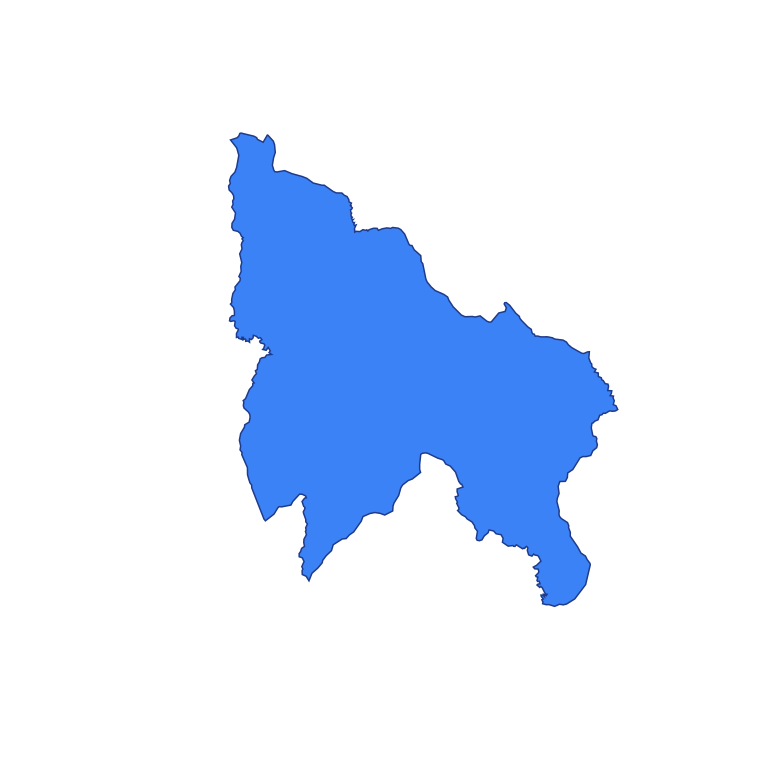 outline of Villa Caro, Norte de Santander, Colombia, rotated 142°
{"feature_id": "7082276B29990655239758", "entity_name": "Villa Caro", "entity_type": "district", "adm_level": 2, "iso_a3": "COL", "parent_name": "Colombia", "parent_adm1": "Norte de Santander", "projection": "orthographic", "projection_center": [-72.976, 7.933], "detail": "fine", "context": "isolated", "style": "filled", "palette": "blue", "viewbox_px": 768, "rotation_deg": 142, "n_neighbors": 0, "source": "geoboundaries", "source_scale": "gbopen_adm2", "svg_char_len": 6168}
<svg xmlns="http://www.w3.org/2000/svg" viewBox="0 0 768 768"><g transform="rotate(142 384 384)"><path d="M275.7,495.3L276.8,498.0L280.9,502.1L282.8,502.4L285.6,505.2L289.8,507.4L293.8,508.5L293.6,510.9L296.4,513.2L300.8,514.8L302.5,514.5L302.6,516.1L303.7,516.2L305.6,518.6L309.1,518.9L312.0,521.5L313.5,521.7L311.4,524.8L308.1,526.5L309.8,527.2L309.5,528.3L308.0,529.4L308.8,529.7L308.9,530.9L308.1,532.5L307.2,532.6L307.8,532.9L307.5,534.8L306.3,534.9L306.6,536.3L305.7,537.9L304.3,538.6L304.5,539.4L303.2,541.9L302.1,541.6L300.5,542.3L300.7,544.1L300.1,544.8L300.6,545.4L298.3,546.6L299.4,549.0L298.2,551.0L297.7,554.5L299.1,557.1L299.6,560.4L304.0,564.0L305.6,567.1L308.7,577.4L310.5,578.8L316.1,586.0L318.2,593.6L320.6,597.7L327.1,606.5L330.9,613.3L337.8,617.0L339.3,618.5L339.3,620.0L337.3,625.1L331.8,630.2L327.1,633.4L322.9,640.0L321.7,643.6L322.3,651.5L322.7,652.0L330.4,648.9L333.1,654.6L332.7,656.6L333.9,659.3L342.2,669.8L343.3,670.2L346.0,668.7L348.3,668.5L354.7,670.8L354.7,660.7L357.6,653.6L366.8,645.4L371.1,642.7L376.7,641.8L380.3,639.5L381.7,636.6L384.6,635.7L386.6,632.2L386.1,628.5L386.5,625.2L388.3,622.4L390.6,621.4L392.3,618.5L395.1,617.1L395.7,610.2L400.4,605.8L404.8,604.2L407.5,601.1L408.1,597.9L405.2,594.2L404.6,591.5L405.4,588.0L404.8,586.0L406.6,585.8L406.6,583.6L408.7,583.0L410.7,581.6L412.7,577.9L417.6,575.4L421.3,567.3L424.5,564.8L427.2,560.7L432.2,558.0L432.0,556.0L433.9,554.0L441.7,552.2L443.1,549.8L447.3,548.4L452.0,544.4L453.9,541.8L455.8,541.5L455.5,536.9L456.8,533.9L459.2,530.6L460.0,530.2L461.6,531.3L464.7,530.9L466.8,528.9L466.3,527.7L463.4,526.3L462.8,524.9L465.9,521.9L466.2,518.8L465.1,517.6L465.5,516.3L469.2,514.6L471.6,511.5L470.1,510.9L470.4,509.4L468.6,506.7L467.2,508.3L466.1,507.3L467.7,505.5L465.7,505.1L465.6,504.2L466.7,502.8L464.7,501.6L464.2,499.7L462.2,502.4L461.0,500.6L458.7,501.0L457.0,502.8L455.3,500.3L454.8,497.4L452.9,496.6L452.9,494.1L455.1,494.4L456.0,493.8L455.9,492.2L453.9,489.7L453.9,488.2L456.7,486.2L458.3,485.9L456.1,483.1L452.8,484.1L453.2,480.2L455.3,479.5L454.4,476.5L458.6,479.1L461.5,478.3L464.0,479.8L466.0,480.1L468.8,478.0L471.7,477.0L474.9,473.5L477.2,473.6L478.1,470.7L480.8,470.3L485.6,468.5L485.7,464.8L487.0,465.2L488.6,463.4L493.5,462.5L502.1,457.7L505.2,457.6L505.5,456.2L508.2,453.5L509.1,451.1L508.1,445.2L508.6,442.4L510.2,440.0L513.7,437.0L518.8,437.6L520.6,435.9L527.5,433.2L532.6,428.7L535.1,423.4L538.0,420.7L538.0,417.5L539.6,415.8L543.1,402.2L547.4,396.5L549.2,392.2L550.5,388.6L550.5,385.9L552.2,383.5L561.7,351.6L561.7,349.2L550.7,349.2L543.9,351.8L542.1,351.9L540.3,350.2L531.9,345.9L528.1,347.6L518.3,349.2L516.4,347.5L514.7,344.2L515.2,342.2L516.8,342.9L520.9,341.9L522.6,337.1L522.3,335.4L523.7,334.1L526.1,333.1L526.9,331.9L529.1,325.3L530.5,323.6L530.5,320.9L534.3,318.9L535.3,316.8L536.6,316.3L537.9,313.0L542.6,311.0L544.9,308.4L546.6,305.0L550.1,305.2L552.9,303.3L555.3,302.6L557.2,300.1L555.4,297.4L556.3,293.3L561.2,290.7L561.8,288.2L563.5,287.3L565.7,284.2L563.7,280.4L564.3,275.1L557.3,279.2L549.5,279.7L542.9,281.1L540.8,282.8L535.3,284.3L528.0,285.0L523.0,288.6L512.3,287.6L509.0,285.5L504.2,286.4L499.0,286.1L486.4,289.9L482.2,292.5L474.8,290.6L470.3,288.3L466.7,284.5L464.1,280.3L455.3,278.6L452.2,282.1L449.5,284.0L441.1,287.1L434.7,291.8L431.5,293.0L424.3,293.0L420.1,291.7L409.6,291.8L408.5,294.7L405.3,298.8L398.3,306.0L396.3,305.7L393.7,304.2L392.1,302.3L387.2,292.3L384.6,288.5L384.1,286.9L384.6,282.9L382.3,278.5L381.9,270.5L385.0,261.3L385.2,258.1L384.5,257.1L385.2,254.2L391.0,256.2L392.7,254.1L394.0,250.5L395.3,250.3L397.2,251.3L398.2,249.5L398.8,245.7L400.2,245.2L401.2,240.3L402.3,239.1L403.9,239.0L403.3,233.3L401.5,229.1L401.6,226.6L399.6,221.1L399.9,216.8L401.0,214.6L401.0,210.4L406.4,205.5L406.8,203.5L405.2,201.7L402.7,200.9L398.4,202.6L393.5,202.7L391.1,204.3L388.1,200.7L387.9,197.0L384.5,193.1L385.2,189.0L388.1,186.4L386.0,179.8L381.8,177.3L381.8,176.3L380.8,175.4L378.7,175.8L376.2,168.7L374.8,168.6L374.4,167.9L371.8,168.4L371.6,168.0L371.5,166.3L373.5,164.7L375.2,160.3L373.4,157.3L370.7,157.8L370.5,156.5L368.7,154.4L368.3,153.2L369.4,147.8L375.3,147.2L379.1,147.8L379.0,145.5L376.5,143.3L377.5,140.8L378.7,140.1L382.6,139.6L382.7,138.5L381.7,137.1L384.5,134.9L384.4,133.7L383.2,133.1L384.0,130.5L385.8,131.5L387.2,131.4L386.5,127.8L385.2,127.9L384.7,126.2L386.0,119.8L385.9,118.6L385.0,117.9L386.4,117.3L387.7,119.9L388.5,117.8L389.0,120.1L390.3,121.0L390.9,119.5L390.7,116.5L392.5,116.8L392.9,114.4L394.3,113.2L391.9,110.1L389.8,108.6L386.4,103.7L381.3,102.4L378.7,99.6L375.6,98.2L366.0,97.2L348.6,101.8L332.8,114.5L332.1,115.9L332.0,120.7L331.2,124.4L332.9,129.5L331.7,136.6L330.9,149.4L328.5,152.4L327.0,157.2L325.7,158.5L324.7,161.8L327.1,168.8L327.2,171.7L326.2,173.8L324.0,176.2L320.1,185.0L317.7,187.3L313.5,189.9L309.8,196.1L305.5,198.9L301.1,195.7L300.5,195.8L297.1,197.4L294.0,200.8L287.8,200.4L275.0,205.1L272.0,204.4L269.3,202.3L265.1,200.4L260.5,202.8L255.6,202.9L253.3,204.7L251.7,208.4L249.9,209.9L249.5,212.1L251.2,214.2L251.0,215.2L247.7,221.8L244.4,225.0L243.1,224.6L241.0,225.0L237.4,224.0L233.3,226.6L231.2,225.6L229.2,226.0L227.6,224.6L222.7,223.9L220.6,221.7L218.0,220.2L215.5,220.0L214.6,224.0L216.0,226.6L212.8,229.1L212.1,232.0L210.6,233.2L213.0,235.6L210.7,236.6L208.7,238.4L211.7,241.1L208.4,244.0L207.6,246.0L209.5,248.1L209.1,251.8L209.8,253.1L208.9,255.2L210.5,257.9L208.4,260.8L210.8,264.0L207.9,265.1L209.2,267.4L209.5,269.7L208.0,271.9L208.1,273.5L206.6,278.4L202.3,283.0L203.9,284.0L207.7,285.0L209.2,286.4L213.6,296.9L214.6,301.4L214.4,304.7L215.9,308.4L221.8,314.3L222.8,316.7L226.0,320.4L231.4,324.6L233.5,327.3L235.4,328.6L234.9,330.7L235.8,331.8L235.8,333.3L234.3,336.4L235.5,340.4L236.5,349.5L236.5,352.2L235.7,354.0L236.6,358.6L236.5,368.6L237.5,372.9L238.8,373.7L240.0,373.1L240.7,368.7L243.9,366.6L249.8,369.3L261.2,366.9L262.9,367.8L264.3,370.2L266.3,378.5L271.0,380.7L272.8,382.8L278.7,387.1L280.6,390.7L282.0,402.2L281.3,410.1L280.3,413.4L281.7,417.8L286.2,426.2L287.1,431.7L287.2,437.9L286.4,440.9L279.4,454.9L279.3,457.6L276.0,462.5L277.6,471.1L276.7,475.9L278.1,477.2L278.3,478.7L275.4,489.5L275.7,495.3Z" fill="#3b82f6" stroke="#1e3a8a" stroke-width="1.5"/></g></svg>